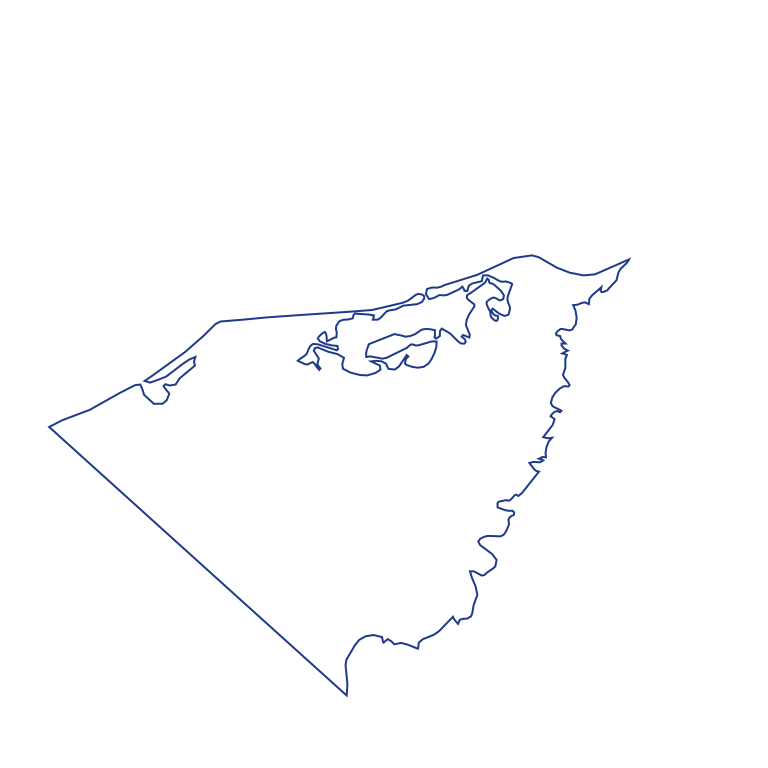 map outline of Gracias a Dios (Natural Earth projection), rotated 312°
{"feature_id": "HND-640", "entity_name": "Gracias a Dios", "entity_type": "Department", "adm_level": 1, "iso_a3": "HND", "parent_name": "Honduras", "parent_adm1": "", "projection": "natural_earth1", "projection_center": [-83.951, 15.304], "detail": "fine", "context": "isolated", "style": "outline", "palette": "blue", "viewbox_px": 768, "rotation_deg": 312, "n_neighbors": 0, "source": "natural_earth", "source_scale": "10m", "svg_char_len": 5302}
<svg xmlns="http://www.w3.org/2000/svg" viewBox="0 0 768 768"><g transform="rotate(312 384 384)"><path d="M131.8,561.4L127.5,564.7L127.6,487.8L127.6,459.6L128.0,163.9L141.5,169.0L167.9,182.6L201.0,193.8L216.6,199.8L220.5,203.2L218.8,207.2L215.4,213.1L215.4,218.2L215.3,226.2L221.1,232.6L226.5,233.4L233.2,230.9L234.2,224.4L235.0,221.5L237.6,221.7L239.4,225.7L244.2,229.5L251.2,228.3L257.7,229.2L271.1,231.2L273.6,227.8L277.9,225.7L272.1,223.0L265.2,221.2L243.6,217.1L235.4,213.0L228.5,209.2L226.1,204.1L237.1,206.7L274.8,214.8L299.4,217.7L315.6,218.6L321.2,220.8L336.1,234.9L356.2,253.4L386.0,282.2L414.9,310.3L431.0,325.6L452.0,340.2L457.0,343.6L462.0,346.1L471.7,348.0L474.1,349.4L476.0,352.5L476.2,355.1L474.4,356.7L470.3,357.3L465.5,355.2L455.1,345.9L447.3,342.8L442.1,338.6L439.6,337.3L431.2,337.2L427.6,336.3L424.4,332.7L425.7,332.2L426.9,331.2L428.2,330.7L425.8,326.7L416.8,315.2L414.9,315.2L411.9,316.8L408.2,314.4L404.4,310.7L400.8,308.8L395.2,309.6L392.6,311.6L390.7,314.4L386.8,317.4L385.1,316.0L377.5,313.0L381.0,309.4L382.4,307.5L383.1,305.4L381.8,304.6L378.8,304.1L375.6,303.9L373.5,304.4L372.8,307.9L374.5,313.4L377.7,319.3L381.2,324.0L380.5,324.7L380.2,324.9L379.9,325.3L379.3,326.4L377.5,326.4L369.2,308.2L366.2,304.4L363.1,303.8L359.5,304.6L354.8,306.4L351.6,306.1L346.8,304.8L343.6,304.4L345.7,311.7L347.5,314.2L352.5,316.2L352.6,318.9L351.7,322.5L351.1,326.4L353.0,326.4L353.8,321.4L359.3,318.5L361.8,309.6L364.4,308.6L366.9,310.4L370.6,320.9L375.1,329.4L376.7,336.7L370.8,339.7L367.9,343.3L370.0,351.4L374.7,360.3L379.3,365.9L386.4,370.2L392.2,371.8L394.9,368.7L392.2,359.3L395.9,362.6L399.2,367.0L400.5,371.9L398.2,377.1L402.0,382.4L407.3,383.4L420.7,381.5L420.7,383.7L418.0,383.5L416.2,384.1L413.2,385.9L413.2,387.9L415.5,393.3L418.8,398.3L423.3,402.0L429.1,403.4L434.1,402.7L440.5,400.9L446.6,398.1L450.8,394.6L447.3,390.8L435.7,383.7L433.7,381.5L432.8,379.3L431.7,377.7L429.1,377.1L426.1,376.8L405.2,368.4L401.8,365.9L395.4,355.4L392.2,352.7L394.7,350.3L397.4,348.6L403.5,346.1L428.0,358.3L431.9,364.9L433.5,368.3L437.2,371.4L441.9,373.8L449.7,375.7L452.9,378.2L455.7,381.8L458.1,385.9L456.3,387.3L454.1,389.5L452.5,390.2L452.5,392.3L457.0,393.4L460.8,390.2L463.8,389.8L465.8,399.2L465.2,411.2L465.8,414.4L467.8,416.7L469.9,416.6L471.3,414.3L471.2,410.0L473.3,410.0L475.7,416.3L478.0,414.8L482.6,405.4L486.9,402.6L492.6,400.7L502.4,399.2L503.6,397.7L503.0,390.4L503.4,387.9L505.2,386.5L507.0,386.6L509.0,387.4L526.8,391.3L531.5,390.2L531.5,392.3L529.9,394.2L530.0,395.5L530.9,396.9L531.5,399.2L531.5,408.9L530.1,413.8L526.9,415.8L523.7,414.4L522.3,408.9L521.3,407.3L518.9,406.2L516.1,405.6L513.7,405.4L512.1,406.7L510.6,409.7L508.8,414.4L507.6,416.1L506.4,417.1L505.5,418.7L505.1,422.1L505.8,425.1L507.3,425.6L509.2,424.7L510.7,423.2L509.3,420.5L509.1,418.4L509.6,416.5L510.7,414.4L512.8,414.4L513.3,422.3L515.2,428.0L518.7,430.1L524.0,427.6L525.5,425.8L528.0,421.0L529.6,419.0L531.8,417.4L544.1,412.4L544.0,411.3L542.7,407.8L541.6,405.8L540.0,404.4L538.4,402.5L537.3,399.2L536.4,394.7L534.3,388.5L530.9,384.9L525.9,387.9L517.7,382.3L513.7,381.3L508.8,383.7L507.1,381.5L507.8,380.3L508.8,377.1L504.4,376.4L492.6,371.4L490.1,369.4L487.2,365.7L481.5,363.6L477.3,360.8L478.9,354.9L483.4,352.4L487.7,355.1L491.5,359.3L494.8,361.5L497.7,362.6L527.4,380.2L564.3,396.0L578.5,407.8L581.7,413.9L586.1,434.6L591.0,447.5L598.3,459.7L606.6,467.4L640.5,482.7L636.9,483.4L627.6,482.8L623.8,483.6L616.6,487.4L604.4,487.1L603.3,487.4L599.9,485.9L597.9,484.3L598.1,482.6L601.4,480.8L589.3,479.3L584.6,479.7L580.4,482.8L579.0,478.5L576.2,476.5L572.6,474.9L569.2,471.8L566.6,477.3L562.3,482.7L556.8,486.5L550.3,487.4L547.8,485.8L544.4,479.9L543.0,478.4L539.4,477.7L536.6,478.0L535.7,479.6L537.5,482.8L536.1,484.9L535.7,486.9L535.5,491.8L532.8,488.9L531.3,490.3L530.9,494.0L531.8,498.3L530.2,497.5L526.1,496.1L526.7,497.1L527.5,499.4L528.0,500.5L524.1,501.9L517.2,508.1L510.5,510.9L509.2,514.4L508.6,518.8L507.4,522.7L505.4,522.7L503.0,519.3L498.0,517.6L491.9,517.2L486.5,518.1L481.3,520.9L480.3,524.4L482.9,533.7L480.8,533.7L479.8,530.9L477.8,529.5L474.9,529.0L471.5,529.3L472.0,534.3L466.3,536.8L451.0,537.9L453.0,541.6L454.4,543.2L456.5,544.9L451.4,544.9L446.0,546.9L441.1,550.0L437.8,553.4L436.2,551.1L435.2,550.3L434.1,550.0L432.1,549.1L433.5,552.1L433.8,553.4L430.3,552.4L425.9,547.0L422.6,544.9L421.2,552.2L421.2,555.2L422.6,557.8L395.5,559.5L390.7,558.8L390.2,556.3L388.8,555.5L384.2,555.6L381.3,555.2L380.3,554.1L379.6,552.6L373.3,548.0L371.3,548.2L368.3,551.0L371.4,558.6L373.3,561.6L375.7,564.2L375.7,566.6L373.9,568.0L372.7,567.8L371.4,567.1L369.1,566.6L366.6,567.2L365.2,568.6L364.1,570.1L362.5,571.2L355.8,573.4L351.7,573.8L348.4,572.2L341.9,564.3L339.8,562.2L337.3,560.6L333.5,559.1L330.1,559.4L328.6,563.2L330.0,578.3L328.6,585.4L322.9,588.8L319.9,588.5L313.2,586.8L309.1,586.4L307.0,584.7L305.0,576.3L302.3,573.2L298.7,579.3L294.9,587.4L289.8,594.5L279.6,598.6L272.5,603.1L269.4,604.1L265.2,602.7L262.4,599.9L259.5,598.1L255.3,599.5L256.1,593.2L257.2,591.0L237.1,590.3L230.9,588.8L220.3,583.6L215.1,582.9L210.0,586.4L205.9,575.4L203.0,570.0L197.4,565.7L197.7,561.4L196.9,557.5L191.5,556.7L191.6,556.1L193.8,552.9L194.6,552.0L190.6,544.4L184.6,539.3L177.4,536.8L170.2,537.2L153.8,540.6L149.3,543.6L136.7,557.4L131.8,561.4Z" fill="none" stroke="#1e3a8a" stroke-width="2"/></g></svg>